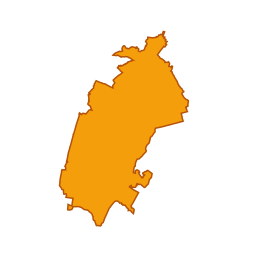 Scorteni, Bacau, Romania, rotated 195°
{"feature_id": "2599482B56524358146983", "entity_name": "Scorteni", "entity_type": "district", "adm_level": 2, "iso_a3": "ROU", "parent_name": "Romania", "parent_adm1": "Bacau", "projection": "robinson", "projection_center": [26.678, 46.577], "detail": "fine", "context": "isolated", "style": "filled", "palette": "amber", "viewbox_px": 256, "rotation_deg": 195, "n_neighbors": 0, "source": "geoboundaries", "source_scale": "gbopen_adm2", "svg_char_len": 5921}
<svg xmlns="http://www.w3.org/2000/svg" viewBox="0 0 256 256"><g transform="rotate(195 128 128)"><path d="M161.4,194.4L161.0,194.4L161.0,194.6L160.5,194.7L158.7,194.8L157.6,195.0L156.9,195.7L154.0,195.0L153.3,195.0L153.1,194.7L152.8,194.8L152.7,195.1L150.6,195.6L148.9,196.2L147.0,196.7L146.1,196.4L145.7,196.4L145.3,196.1L144.5,196.2L140.9,194.9L141.5,194.8L141.4,194.4L141.5,194.3L141.4,194.1L141.4,193.9L141.5,193.8L142.3,193.8L144.1,192.3L145.0,192.0L145.0,191.7L145.3,191.5L145.3,191.1L145.5,191.1L145.6,190.8L145.8,190.2L146.3,190.1L146.5,189.8L147.0,189.5L146.8,189.3L146.8,189.0L146.9,188.9L147.1,189.1L147.3,189.0L147.3,188.7L148.5,188.2L148.8,187.6L149.2,187.3L149.2,186.9L149.7,186.8L150.0,186.4L150.5,186.4L150.7,186.1L151.3,186.1L151.4,186.4L151.5,186.3L151.6,186.0L151.8,186.2L152.1,186.1L151.9,185.8L152.0,185.7L152.3,186.0L153.0,185.9L153.0,185.7L153.0,185.3L153.4,184.6L153.2,184.2L153.5,184.1L153.8,183.4L150.8,181.9L150.2,181.2L147.7,180.2L149.3,177.8L151.1,176.0L151.6,175.1L153.2,172.9L154.7,170.4L153.9,169.4L152.8,168.6L152.4,168.0L153.7,165.0L152.9,162.8L154.8,163.1L158.4,163.8L161.6,164.7L163.5,164.4L164.7,164.8L166.1,164.7L171.0,165.4L171.1,164.7L171.5,163.9L171.4,163.4L171.4,162.9L171.9,162.2L171.7,160.3L172.2,159.6L171.6,157.7L171.8,157.3L173.4,154.9L173.6,153.9L174.6,152.6L175.0,151.8L174.9,151.6L174.6,151.4L173.7,151.3L173.8,151.0L173.5,150.5L174.1,150.0L174.8,150.1L175.0,149.9L173.9,147.5L173.4,146.8L173.4,145.6L173.1,145.2L173.1,144.1L172.5,143.9L172.5,143.1L172.9,142.5L173.0,141.0L172.9,140.6L171.5,139.8L170.0,139.3L169.6,138.9L169.5,138.2L167.5,135.9L169.0,135.9L170.2,135.2L170.5,134.9L171.1,133.1L171.5,132.5L172.4,130.6L173.6,130.7L175.3,130.6L175.8,130.0L176.1,129.1L176.6,128.9L177.0,129.4L177.2,129.5L177.5,129.3L178.6,130.1L179.0,129.3L178.8,129.0L178.3,126.2L178.5,124.5L178.4,123.9L178.6,122.4L178.8,118.3L178.9,108.4L179.3,107.5L179.0,106.9L179.0,104.6L179.1,103.5L179.0,102.6L179.0,96.7L179.2,93.9L179.0,92.8L179.2,89.0L178.7,82.6L178.7,79.6L178.6,79.3L177.7,79.9L177.5,79.6L177.6,79.3L178.4,78.2L178.3,77.6L178.8,76.4L178.8,75.5L179.0,74.5L178.1,74.2L177.4,71.4L179.5,71.0L180.1,70.5L180.3,70.5L180.9,70.7L181.1,69.8L180.8,68.6L180.4,62.1L179.8,57.9L179.5,57.1L179.2,54.5L177.2,53.1L175.9,51.5L174.3,51.5L173.9,49.7L172.8,47.5L170.7,48.4L170.0,47.3L170.0,45.0L162.9,45.8L162.5,41.4L162.0,38.3L164.9,38.4L166.1,38.7L165.1,33.4L162.9,33.7L161.4,34.7L160.9,35.4L160.8,36.3L160.9,37.4L160.7,37.6L159.4,38.1L155.4,39.3L152.7,39.2L150.6,38.5L149.4,37.9L146.3,38.2L144.7,38.0L143.8,37.1L141.8,36.4L140.9,35.8L140.1,35.0L139.4,33.8L138.7,33.3L138.6,32.3L138.1,30.9L137.3,29.9L136.3,29.9L133.4,25.7L133.0,25.6L131.8,26.1L130.6,26.0L129.3,26.3L129.0,27.0L128.6,27.3L128.9,28.4L128.5,29.2L127.5,30.5L127.1,35.2L126.6,37.9L125.4,45.5L123.2,50.8L121.9,53.4L120.9,54.3L119.5,54.7L118.0,54.4L116.6,53.3L115.0,53.9L114.5,52.8L114.0,53.0L113.2,52.2L112.5,52.6L111.8,52.3L110.9,52.7L108.4,50.6L106.7,49.8L106.4,48.3L105.3,48.8L104.1,48.9L102.7,47.7L100.6,46.7L100.7,48.9L101.0,49.2L100.8,50.3L101.1,51.0L102.8,51.9L103.6,51.6L104.7,52.8L104.5,53.4L104.8,53.8L104.5,54.9L103.9,56.6L101.1,68.4L106.9,69.8L111.4,71.5L110.9,72.6L110.1,73.3L109.6,72.2L109.1,71.8L108.4,72.0L107.9,71.9L107.6,72.1L105.7,72.5L105.3,72.9L105.3,73.8L105.2,74.0L104.5,74.5L104.5,75.3L105.2,75.9L104.9,76.5L104.6,76.7L104.3,76.8L104.0,76.2L103.8,76.1L102.8,76.3L101.5,76.8L100.9,76.7L96.9,74.8L95.8,75.6L95.3,77.0L93.9,79.3L94.0,83.7L92.6,86.3L92.9,90.2L97.9,92.2L98.9,91.4L99.0,90.7L99.9,90.5L100.6,90.0L101.3,88.9L102.0,88.5L102.0,87.8L101.2,87.2L99.8,86.9L100.3,85.9L100.9,85.6L101.0,84.9L100.7,84.0L101.6,83.4L105.7,86.8L106.1,87.4L105.4,88.0L105.5,88.6L106.6,89.5L108.5,89.9L109.6,88.9L109.8,88.1L109.2,86.2L111.3,86.3L111.9,91.5L111.7,92.6L111.2,92.8L111.3,94.0L111.7,95.8L111.5,98.3L111.0,100.4L109.3,101.0L107.0,104.7L106.3,106.5L104.6,109.5L104.4,110.7L104.6,111.1L105.5,112.0L105.7,114.4L105.1,116.8L104.0,118.4L103.8,119.0L103.7,120.0L103.8,122.1L103.7,123.2L104.0,124.0L104.0,124.6L102.7,126.4L101.5,130.0L101.0,130.9L100.9,131.6L101.5,132.8L101.4,134.9L95.5,137.9L76.5,148.8L77.5,150.6L78.2,151.4L78.3,152.0L80.4,156.0L74.9,159.2L75.4,159.6L75.9,160.7L76.8,161.8L76.8,162.4L77.1,162.5L77.6,163.0L75.7,164.8L76.1,165.5L76.3,166.6L76.5,168.8L76.8,170.0L77.4,170.4L79.5,170.7L80.9,171.4L82.1,172.2L84.7,174.8L84.8,175.3L84.6,176.2L84.4,176.6L83.8,177.0L83.5,177.5L83.6,177.8L84.4,178.0L86.4,180.1L87.6,180.4L88.1,180.7L88.5,181.4L89.6,181.9L90.6,183.2L91.2,183.6L92.6,185.7L96.4,189.3L97.1,190.3L98.8,191.7L99.5,192.6L99.7,193.4L100.3,193.8L101.4,194.0L100.8,196.3L100.9,198.9L101.6,199.3L102.3,197.9L103.7,198.3L104.5,198.1L104.6,198.4L104.4,200.4L104.6,201.2L106.0,202.4L106.4,201.9L109.3,200.9L109.6,201.9L112.6,203.4L115.1,203.8L115.9,204.7L118.5,206.4L116.3,212.1L115.5,213.7L114.6,216.1L113.4,215.8L112.3,218.6L113.6,219.0L112.6,221.7L114.6,221.8L114.4,223.4L116.3,223.8L115.9,225.3L118.0,225.3L117.5,230.4L118.9,230.4L119.2,226.9L120.7,226.9L121.3,226.0L122.2,225.9L122.4,225.5L122.6,224.4L123.2,223.7L123.6,223.5L123.9,223.7L124.3,223.6L124.5,222.7L126.4,222.0L127.4,221.5L132.4,220.8L132.0,219.1L132.1,218.7L133.0,217.8L133.4,216.0L132.0,215.1L131.4,214.2L131.5,213.5L131.8,213.1L131.7,212.0L132.3,212.0L132.4,211.6L132.3,210.5L132.5,209.4L132.5,207.9L133.2,207.0L135.0,206.2L136.2,204.8L137.8,205.0L138.1,205.4L137.9,206.7L138.0,207.0L138.5,207.3L139.4,207.6L140.0,208.2L140.4,208.2L140.6,208.5L140.8,208.3L140.7,208.0L140.9,207.7L140.7,207.2L141.1,207.0L141.7,207.7L143.4,207.5L144.9,207.6L146.3,206.6L147.6,204.9L148.5,204.6L149.4,204.8L149.8,204.6L150.4,204.6L151.1,205.1L152.3,206.3L152.7,206.3L152.8,206.4L153.4,206.3L153.7,206.1L153.8,205.3L154.3,204.7L154.3,202.7L154.0,202.4L153.7,201.8L153.3,201.5L153.2,201.0L153.8,200.5L154.8,200.0L156.0,199.9L156.6,199.4L157.1,199.2L157.5,198.7L159.6,197.1L160.8,195.5L161.4,194.4Z" fill="#f59e0b" stroke="#b45309" stroke-width="1.5"/></g></svg>